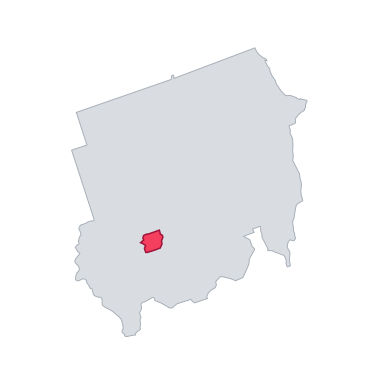 Um Kadadah, North Darfur, Sudan shown in context, rotated 341°
{"feature_id": "16777658B38169285241768", "entity_name": "Um Kadadah", "entity_type": "district", "adm_level": 2, "iso_a3": "SDN", "parent_name": "Sudan", "parent_adm1": "North Darfur", "projection": "orthographic", "projection_center": [27.208, 13.486], "detail": "fine", "context": "in_parent", "style": "filled", "palette": "rose", "viewbox_px": 384, "rotation_deg": 341, "n_neighbors": 0, "source": "geoboundaries", "source_scale": "gbopen_adm2", "svg_char_len": 4809}
<svg xmlns="http://www.w3.org/2000/svg" viewBox="0 0 384 384"><g transform="rotate(341 192 192)"><path d="M261.1,293.8L257.9,293.9L257.6,293.1L257.6,291.0L257.9,289.5L259.0,287.0L258.7,285.6L258.8,283.6L257.9,281.5L250.2,275.3L248.7,273.6L244.6,272.1L245.3,270.2L243.4,257.2L244.2,255.7L244.3,253.4L244.3,251.4L245.2,248.0L245.3,246.6L237.2,246.7L237.2,248.1L237.6,249.7L237.6,250.4L226.4,250.7L230.9,255.7L231.2,257.9L231.0,260.7L231.1,262.5L231.4,263.7L232.6,266.0L232.5,266.4L232.3,266.9L224.4,273.9L223.1,277.1L222.1,278.8L219.8,281.6L212.6,289.1L211.4,289.6L205.8,289.9L205.3,290.1L204.8,290.4L204.6,290.3L199.8,286.1L191.7,281.1L186.4,283.8L185.0,284.8L185.0,287.3L184.2,288.6L182.8,290.0L178.8,290.9L176.8,291.6L174.4,293.0L172.0,295.4L171.8,296.6L172.1,297.7L158.5,297.7L157.6,296.8L155.7,293.0L154.3,293.2L141.9,292.8L140.1,293.2L136.6,294.8L134.8,295.0L133.0,294.3L126.5,286.7L125.1,285.8L123.6,284.0L122.2,283.2L121.8,282.6L121.6,281.8L121.7,280.1L121.2,279.1L120.2,278.8L111.5,280.5L110.2,280.3L108.4,280.6L107.8,280.9L107.0,281.9L106.9,284.0L106.6,285.0L106.0,286.2L103.5,288.7L102.9,289.8L103.0,292.7L102.8,294.1L102.4,294.8L101.3,295.8L101.0,296.5L100.5,300.1L99.1,302.3L98.8,303.0L98.7,304.6L98.5,305.1L94.5,306.3L93.0,307.1L92.1,308.3L91.9,308.8L90.2,308.4L88.0,308.0L83.9,307.6L82.3,307.0L81.5,306.1L81.8,303.9L81.4,303.4L80.7,303.0L80.3,302.1L80.4,300.9L82.6,298.4L83.0,297.1L83.7,290.7L83.5,288.8L81.8,285.2L78.0,278.9L77.0,277.7L72.1,272.5L71.6,271.8L70.4,269.6L71.8,264.9L71.9,263.6L71.6,262.3L70.4,261.3L69.2,261.1L67.8,259.8L66.9,259.2L66.0,258.1L65.5,256.6L66.0,251.0L65.7,250.3L64.5,250.1L64.2,249.6L64.3,248.6L63.6,245.4L62.9,242.8L63.4,241.4L62.3,239.4L60.4,238.5L56.4,239.0L55.2,238.9L54.4,238.5L53.8,237.8L53.5,236.9L53.8,235.7L55.0,233.3L56.4,231.4L59.3,229.7L60.0,228.8L60.5,227.8L60.6,226.6L60.4,225.3L60.1,224.1L59.3,222.6L58.6,220.8L58.6,219.6L59.0,218.7L59.8,217.7L62.6,215.7L65.5,214.1L66.0,213.5L65.8,212.7L64.5,211.3L64.2,208.6L63.5,206.7L65.0,205.3L66.0,204.8L67.7,204.4L68.4,203.8L68.6,202.7L68.6,201.6L69.2,200.8L70.0,199.1L70.7,198.3L72.9,196.3L73.4,195.0L73.5,193.7L73.0,189.9L74.3,188.3L75.9,187.0L78.2,187.1L81.8,186.9L84.2,186.4L86.0,186.4L89.9,187.2L90.3,186.9L90.5,185.9L91.8,113.2L107.8,113.4L108.0,113.3L108.5,79.1L208.3,78.8L209.1,78.6L210.6,75.4L211.2,75.2L212.3,75.3L212.6,76.1L211.9,78.7L298.4,76.2L298.8,80.1L299.7,83.2L302.4,87.5L304.7,89.9L305.5,91.2L305.6,91.8L305.6,92.3L304.9,91.7L303.8,91.3L303.8,93.4L304.5,97.7L305.6,100.6L305.1,103.4L305.5,108.1L307.0,113.7L306.9,117.3L309.2,125.7L311.3,130.3L312.3,131.4L313.5,132.0L315.6,132.3L318.8,134.5L321.4,136.9L322.4,138.2L323.6,139.6L324.4,139.3L324.9,138.9L325.8,140.0L329.8,142.3L330.5,143.5L329.1,144.7L327.6,146.7L327.0,148.6L326.6,149.2L325.3,150.4L325.1,151.0L324.6,151.4L324.0,151.4L322.7,152.1L321.5,152.0L320.3,152.4L319.9,152.8L318.9,153.2L317.6,153.5L315.7,155.2L314.0,156.0L313.4,156.6L312.6,159.8L312.0,160.6L309.3,160.8L308.1,161.1L306.3,160.8L305.4,160.9L305.2,161.6L305.1,164.3L305.2,165.4L303.8,168.5L304.5,174.1L303.3,178.4L303.1,179.4L301.8,182.8L301.1,184.1L299.5,190.5L298.9,192.5L297.4,194.6L299.6,209.6L298.5,214.3L298.6,216.8L297.9,220.6L297.2,222.3L296.1,224.5L295.1,226.8L294.4,229.9L294.0,235.8L293.7,236.3L288.9,237.2L287.5,237.7L286.5,238.4L285.3,239.9L283.0,244.1L281.7,246.6L279.8,250.1L277.6,252.6L277.1,253.8L276.8,256.0L276.0,259.5L275.3,262.0L275.5,264.0L274.8,267.5L275.0,269.2L274.2,270.1L273.1,271.0L272.3,271.3L268.9,269.1L266.6,270.7L265.1,273.0L264.0,275.3L264.8,280.1L264.8,281.1L264.5,282.3L262.3,287.0L261.7,289.2L261.1,292.9L261.1,293.8Z" fill="#d9dde1" stroke="#a8b0b8" stroke-width="1"/><path d="M143.1,217.5L141.5,217.5L140.0,217.5L137.8,217.5L137.3,217.4L136.6,217.3L136.1,217.4L135.6,217.4L135.1,217.0L134.8,217.0L134.4,217.1L133.6,217.2L133.0,217.3L132.0,217.4L131.9,217.6L130.5,219.7L130.8,221.6L126.9,223.2L128.3,224.5L129.4,225.5L129.6,226.1L130.7,227.7L128.7,229.7L128.6,231.0L128.6,234.0L129.1,234.2L129.5,234.5L130.4,234.5L132.9,234.7L138.8,234.8L140.6,234.7L143.8,234.6L144.4,233.9L144.7,233.6L144.8,233.4L145.3,232.9L145.5,232.7L146.2,232.0L146.4,231.7L146.5,231.6L146.7,231.4L146.7,231.2L146.6,230.9L146.6,230.7L146.8,230.5L146.8,230.4L147.0,230.2L147.1,229.9L147.1,229.6L147.1,228.9L147.1,228.6L147.2,228.4L147.3,228.2L147.6,227.8L148.1,227.3L148.2,227.1L148.9,226.4L149.2,226.0L149.4,225.8L149.4,225.7L149.5,225.5L149.6,225.4L149.7,225.2L149.8,224.9L149.8,224.5L149.9,224.3L149.9,224.1L149.9,223.9L149.9,223.7L149.8,223.4L149.8,223.2L149.7,223.1L149.5,222.9L149.4,222.8L149.4,222.7L149.0,222.1L148.9,222.0L148.3,221.5L148.3,221.4L148.5,220.5L148.5,220.4L148.5,220.2L148.6,219.3L148.6,219.1L148.6,218.9L148.7,217.8L148.7,217.7L148.7,217.4L147.8,217.4L143.2,217.5L143.1,217.5Z" fill="#f43f5e" stroke="#9f1239" stroke-width="1.5"/></g></svg>